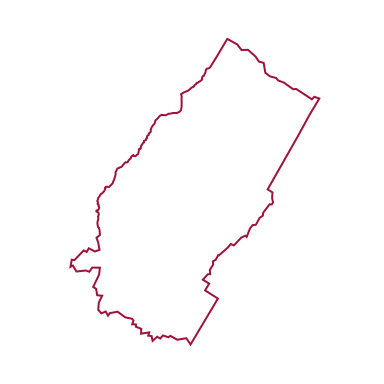 the district of Linn, Oregon, United States of America, rotated 301°
{"feature_id": "52423323B85649045718623", "entity_name": "Linn", "entity_type": "district", "adm_level": 2, "iso_a3": "USA", "parent_name": "United States of America", "parent_adm1": "Oregon", "projection": "natural_earth1", "projection_center": [-122.562, 44.497], "detail": "fine", "context": "isolated", "style": "outline", "palette": "rose", "viewbox_px": 384, "rotation_deg": 301, "n_neighbors": 0, "source": "geoboundaries", "source_scale": "gbopen_adm2", "svg_char_len": 3742}
<svg xmlns="http://www.w3.org/2000/svg" viewBox="0 0 384 384"><g transform="rotate(301 192 192)"><path d="M65.3,126.4L67.6,127.8L64.3,133.9L70.0,141.4L70.8,145.1L75.8,145.4L79.7,152.0L73.4,154.9L59.7,156.2L59.6,159.7L54.7,163.9L56.8,168.4L49.2,169.1L42.7,172.3L41.3,176.8L45.1,179.6L42.7,183.7L45.8,183.9L51.1,189.9L50.7,193.5L50.2,199.4L52.5,206.0L51.7,208.0L47.8,208.9L49.6,212.1L47.6,213.3L48.6,219.0L44.3,221.3L49.6,227.6L46.3,228.5L47.7,231.6L44.1,234.9L50.0,236.7L50.0,240.2L54.1,241.0L55.3,246.5L57.5,247.5L57.8,255.5L63.7,262.4L60.6,269.3L114.0,269.1L114.4,253.9L122.3,253.9L122.4,246.5L129.6,247.9L130.9,249.9L134.4,247.4L140.6,247.5L143.5,245.7L146.0,247.2L151.3,247.0L151.5,247.7L162.8,251.3L167.4,252.0L167.8,255.4L178.3,257.7L182.1,260.3L181.7,262.0L190.6,260.5L194.8,261.0L196.8,263.6L204.7,263.3L208.2,264.9L211.0,263.7L221.4,264.8L222.4,266.8L224.9,266.8L227.9,263.9L233.1,261.2L233.2,255.5L294.4,254.0L319.3,253.0L337.7,253.0L336.6,247.8L333.2,247.0L334.0,228.2L332.2,225.9L332.7,219.1L333.1,214.5L332.0,208.4L333.1,205.5L331.3,199.4L331.9,193.5L339.6,186.9L338.2,182.2L340.8,176.8L342.7,166.7L339.2,161.4L341.8,154.7L341.4,143.4L338.4,143.4L319.5,143.5L308.0,143.3L307.0,142.9L306.2,142.1L305.3,141.2L303.7,141.0L301.8,141.8L300.6,142.0L299.7,142.0L298.9,142.2L297.9,142.4L297.2,141.7L295.1,141.7L293.6,142.7L292.3,142.3L290.8,141.7L289.8,141.0L288.6,140.7L287.9,139.8L286.3,139.9L285.2,139.2L284.2,139.1L283.8,139.4L282.9,139.1L282.4,138.5L280.4,137.6L277.5,136.8L275.3,135.3L274.3,134.6L272.8,133.5L270.2,132.3L268.6,134.0L266.7,134.9L263.5,137.0L261.6,138.1L259.6,139.2L256.5,140.4L254.1,139.9L252.1,138.5L249.9,135.0L248.2,133.3L247.1,131.8L244.2,129.9L242.3,126.1L240.7,125.2L239.6,125.0L238.1,124.8L236.6,124.5L235.5,124.1L234.4,123.8L232.9,124.3L231.8,124.5L231.4,124.7L230.2,124.5L229.2,124.2L227.8,124.1L226.2,124.2L225.2,124.3L224.4,124.4L223.2,125.2L222.7,125.5L222.1,125.6L221.8,125.6L221.1,125.3L220.4,125.0L219.8,124.8L219.4,125.2L218.9,125.4L218.4,125.5L217.9,125.1L217.5,124.8L217.0,124.8L216.6,124.9L216.0,125.0L215.8,125.3L215.4,125.6L214.9,125.4L214.3,125.2L213.9,125.4L213.4,125.8L212.9,125.7L212.3,125.4L211.8,125.0L211.3,124.7L210.9,124.5L210.4,124.8L209.9,125.1L209.7,125.3L209.4,125.1L209.2,124.9L208.7,124.8L208.1,124.8L207.3,124.8L206.5,124.7L205.8,124.6L205.2,124.7L204.5,124.9L203.8,125.2L203.4,125.4L202.8,125.6L202.6,125.6L202.6,125.3L202.6,125.1L202.2,124.8L201.7,124.6L200.8,124.8L200.0,125.1L198.9,125.6L197.9,126.0L196.7,126.2L195.6,125.6L194.3,125.3L193.7,125.2L193.3,124.7L193.2,124.2L192.9,123.4L193.2,123.1L193.4,122.7L193.1,122.5L192.3,122.2L191.2,121.8L190.5,121.8L189.9,122.0L189.2,122.2L188.3,121.7L186.8,121.4L185.4,121.4L184.2,121.4L183.6,120.6L183.4,119.8L182.8,119.5L181.9,119.3L180.7,119.1L178.9,118.9L177.0,118.6L176.1,117.6L175.2,117.1L174.0,116.2L172.9,115.9L171.5,116.2L169.6,116.3L168.8,116.7L168.2,117.2L166.2,118.0L164.4,118.3L162.2,119.0L160.6,119.0L159.3,119.4L158.2,119.5L157.5,119.2L156.6,119.0L155.7,118.8L153.6,118.3L152.6,116.2L152.0,115.4L150.7,115.3L150.4,115.9L147.2,116.3L144.5,115.6L143.2,114.9L142.0,114.9L140.7,114.9L139.8,114.8L138.7,114.7L137.8,115.0L137.0,115.3L135.9,115.3L135.4,115.6L135.2,116.2L134.3,116.9L133.7,116.9L133.1,117.4L133.2,118.2L132.9,118.7L132.3,118.9L131.8,119.0L131.3,119.8L130.8,120.5L130.0,120.7L129.4,120.8L128.7,120.8L128.0,120.8L127.5,120.3L127.0,119.7L126.4,119.8L126.0,120.2L126.3,120.9L126.2,121.7L125.9,122.8L124.9,123.5L124.3,123.8L123.7,123.9L123.1,124.0L122.6,124.0L120.9,125.5L117.4,126.5L115.8,127.5L113.5,129.6L113.4,130.7L111.4,132.6L107.8,135.2L103.6,133.7L100.3,137.7L94.8,142.5L91.0,139.4L90.6,132.5L86.3,132.6L86.2,129.3L73.1,126.3L72.0,123.8L65.3,126.4Z" fill="none" stroke="#9f1239" stroke-width="2"/></g></svg>